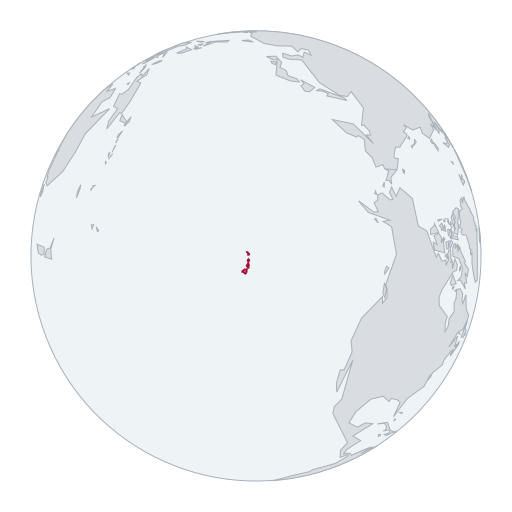 Hawaii highlighted on a globe, orthographic projection, rotated 69°
{"feature_id": "USA-3517", "entity_name": "Hawaii", "entity_type": "State", "adm_level": 1, "iso_a3": "USA", "parent_name": "United States of America", "parent_adm1": "", "projection": "orthographic", "projection_center": [-158.302, 23.654], "detail": "fine", "context": "on_globe", "style": "filled", "palette": "rose", "viewbox_px": 512, "rotation_deg": 69, "n_neighbors": 0, "source": "natural_earth", "source_scale": "10m", "svg_char_len": 13027}
<svg xmlns="http://www.w3.org/2000/svg" viewBox="0 0 512 512"><g transform="rotate(69 256 256)"><circle cx="256" cy="256" r="225" fill="#eef3f6" stroke="#a8b0b8"/><path d="M176.0,393.8L176.4,395.2L176.2,395.3L176.0,393.8ZM471.9,320.4L472.0,319.9L474.3,298.2L476.5,283.5L475.8,279.6L478.1,256.0L475.6,241.5L474.3,241.4L474.1,249.6L467.8,247.0L463.1,237.4L430.8,240.7L424.7,237.0L420.3,227.1L387.9,203.0L412.0,229.4L403.5,226.5L392.6,218.3L393.8,214.3L379.9,200.6L369.3,197.7L351.8,179.7L339.2,152.4L345.5,154.8L341.7,148.6L333.5,145.4L329.0,145.0L304.8,124.3L277.3,118.9L269.2,124.9L270.5,118.1L255.7,135.5L241.2,140.5L257.2,130.3L258.6,125.9L248.5,126.6L247.7,122.4L242.4,120.5L242.4,115.6L251.7,110.8L251.9,107.8L244.7,108.6L240.2,104.7L250.6,103.8L243.8,97.2L258.2,89.4L286.1,93.7L293.8,87.6L321.8,88.1L318.9,84.9L327.7,84.0L327.7,80.1L332.9,81.9L328.4,77.4L323.6,76.5L320.1,74.4L319.6,72.2L326.2,73.9L327.3,75.3L329.0,74.7L332.5,76.6L330.5,74.4L338.5,77.2L330.0,71.4L335.9,71.1L341.3,73.9L341.5,77.5L354.5,94.9L360.1,99.9L367.8,102.7L380.9,99.1L386.8,103.5L394.2,106.6L390.7,102.0L383.7,98.1L378.9,91.0L370.8,87.8L367.7,84.7L359.1,80.4L359.7,77.1L365.0,76.4L372.2,80.0L374.7,80.1L367.3,73.8L380.1,78.6L387.5,78.9L390.9,81.0L398.6,89.1L400.0,95.5L410.0,108.5L402.9,96.4L411.5,102.8L412.6,102.6L411.7,100.4L408.2,96.7L411.0,98.5L419.1,110.5L416.7,109.0L414.1,105.0L414.9,108.4L420.4,117.7L424.3,120.9L428.5,133.5L431.3,136.1L433.8,140.8L429.0,135.5L437.8,145.5L443.3,165.8L455.3,185.2L444.2,173.8L440.7,175.8L437.5,180.7L439.5,183.9L432.5,187.6L430.8,200.1L437.1,218.4L445.0,229.0L452.1,222.8L451.0,213.6L454.4,207.2L458.8,230.1L465.8,224.4L469.0,240.0L472.0,245.2L473.8,239.0L476.3,238.3L475.6,226.5L475.6,216.9L478.1,228.7L476.1,215.1L477.5,218.0L476.6,210.4L479.3,226.1L480.8,241.9L481.3,257.8L480.6,273.6L478.8,289.4L475.9,305.1L471.9,320.4ZM265.7,274.5L265.0,269.2L268.9,272.1L265.7,274.5ZM262.2,266.3L262.9,268.1L261.8,266.7L262.2,266.3ZM259.9,265.6L261.5,266.1L259.6,266.0L259.9,265.6ZM256.6,265.2L258.4,265.2L258.2,265.4L256.6,265.2ZM458.4,192.8L466.2,193.1L465.0,199.9L464.7,197.0L462.0,195.2L458.2,196.0L456.2,203.1L458.4,192.8ZM251.8,262.9L250.5,262.2L252.1,261.6L251.8,262.9ZM454.7,177.0L453.6,177.9L454.2,176.2L454.7,177.0ZM327.1,145.7L333.4,145.9L341.2,150.6L336.0,150.8L327.1,145.7ZM312.3,137.7L315.0,136.2L319.0,142.3L316.2,141.2L312.3,137.7ZM263.7,130.6L269.0,130.0L264.1,132.1L263.7,130.6ZM241.7,121.2L240.4,122.8L238.2,121.2L241.7,121.2ZM359.4,82.6L359.3,81.6L360.9,82.9L359.4,82.6ZM355.7,82.0L357.7,84.3L356.3,84.3L355.1,82.9L355.7,82.0ZM236.1,112.5L232.9,109.7L237.7,111.6L236.1,112.5ZM353.6,79.1L353.5,84.2L351.0,84.3L344.2,79.1L353.6,79.1ZM232.1,107.6L224.2,101.6L220.8,104.5L226.1,93.5L231.0,101.9L237.6,103.6L233.0,104.7L232.1,107.6ZM322.3,77.2L327.4,78.0L323.6,79.5L322.3,77.2ZM320.8,78.7L314.3,87.3L306.6,85.5L310.3,82.8L300.8,82.5L300.2,77.3L305.3,76.3L310.4,78.4L306.3,74.9L320.8,78.7ZM230.3,88.7L229.8,86.8L232.1,88.0L230.3,88.7ZM318.3,73.7L317.7,75.4L311.0,73.8L311.1,70.2L313.2,71.8L318.3,73.7ZM298.5,85.2L293.5,83.6L291.7,78.9L289.6,77.8L299.5,77.0L298.5,85.2ZM314.5,71.1L311.3,68.4L314.0,67.3L318.5,71.9L314.5,71.1ZM309.3,75.1L306.1,74.3L307.9,73.5L309.3,75.1ZM321.9,62.5L321.3,64.2L317.7,63.5L321.9,62.5ZM309.9,67.5L308.9,68.0L307.5,68.0L306.0,66.1L309.9,67.5ZM297.6,74.0L297.9,72.5L293.4,74.0L291.9,70.8L298.8,71.0L295.2,69.7L294.7,68.7L300.9,70.0L297.6,74.0ZM300.0,64.4L308.3,64.1L310.2,61.0L313.4,61.5L309.8,66.5L300.0,64.4ZM300.0,67.5L300.7,65.6L304.3,66.9L306.0,69.1L300.0,67.5ZM288.3,68.8L288.9,73.5L287.3,73.3L288.3,68.8ZM299.9,63.1L297.9,63.3L299.6,62.7L299.9,63.1ZM291.1,66.6L291.5,68.2L289.7,68.0L291.1,66.6ZM293.5,62.3L296.2,62.2L297.5,63.5L293.5,62.3ZM291.8,64.1L289.3,63.4L296.3,64.1L292.3,64.8L291.8,64.1ZM289.3,66.1L288.4,66.5L289.4,65.5L289.3,66.1ZM287.3,57.7L295.8,58.2L298.5,61.1L289.9,60.0L287.3,57.7ZM273.3,31.4L259.4,31.2L247.8,31.7L227.4,32.7L229.7,32.3L238.2,31.4L235.7,31.6L254.5,30.7L273.3,31.4ZM225.7,32.8L224.7,33.0L221.4,33.5L225.5,33.2L221.3,33.9L218.8,34.0L212.9,35.9L204.4,38.0L204.6,38.3L207.3,38.0L194.7,41.5L195.5,41.6L199.9,40.4L204.2,40.1L207.0,41.1L202.5,42.2L200.9,41.9L190.7,43.6L187.1,43.5L185.5,44.1L187.6,44.6L200.0,42.4L202.9,42.8L196.6,43.8L199.2,43.4L199.2,44.0L195.0,45.8L201.7,44.8L208.4,51.9L201.0,56.8L194.6,56.5L194.5,64.8L186.2,71.1L190.2,69.8L192.9,73.9L195.6,71.9L197.8,71.7L205.9,82.8L204.3,86.8L212.5,91.6L214.6,91.1L216.2,88.3L226.1,93.5L220.8,104.5L216.3,104.9L216.0,112.1L205.8,112.3L197.2,116.2L186.1,113.2L180.3,117.2L180.9,119.6L173.4,127.4L155.9,135.9L167.5,117.9L193.2,106.1L182.5,109.6L184.2,105.8L179.9,105.3L172.4,108.5L172.0,110.7L156.1,102.6L136.6,108.3L139.8,113.6L136.1,120.3L116.8,134.7L89.4,143.0L84.2,154.5L80.1,159.5L76.3,158.5L82.1,151.0L83.3,144.7L87.2,141.0L83.0,137.9L88.4,132.6L82.5,133.3L78.6,139.5L80.3,143.8L72.8,147.5L67.3,161.2L60.5,172.2L48.9,182.2L46.3,179.4L44.8,182.4L47.0,175.0L45.1,177.6L37.1,204.5L35.6,210.4L34.9,212.6L38.7,196.6L43.6,180.9L49.7,165.6L56.8,150.8L65.0,136.5L74.3,122.9L84.5,110.0L95.6,97.8L107.5,86.6L120.3,76.2L133.8,66.7L147.9,58.3L162.7,51.0L177.9,44.7L193.5,39.6L209.5,35.6L225.7,32.8ZM466.5,205.4L467.4,203.7L468.4,204.4L468.0,206.6L466.5,205.4ZM469.6,188.7L469.7,187.4L470.3,190.7L469.6,188.7ZM467.0,192.9L469.5,190.2L470.4,198.3L468.6,200.3L468.9,196.0L467.0,192.9ZM457.7,184.6L458.6,184.2L459.4,186.7L457.7,184.6ZM455.1,175.9L455.1,176.5L453.9,175.5L455.1,175.9ZM411.0,102.1L410.4,101.2L410.3,99.6L411.9,101.7L411.0,102.1ZM400.5,86.4L405.2,89.6L402.9,88.5L406.1,91.6L405.2,93.5L392.6,82.1L398.5,86.7L400.5,86.4ZM400.6,93.8L402.5,93.3L400.9,94.4L400.6,93.8ZM323.0,41.6L322.9,42.1L309.2,37.7L310.8,37.8L321.1,40.6L325.3,42.3L323.0,41.6ZM341.8,69.6L342.7,71.2L340.8,70.6L338.6,68.7L341.8,69.6ZM321.9,63.4L336.0,62.4L337.8,64.0L344.0,62.3L350.9,66.1L346.7,66.9L356.7,68.9L355.7,71.3L361.9,72.3L351.7,73.9L351.2,76.5L349.1,72.0L342.7,68.3L339.8,67.5L331.1,67.6L326.8,72.1L319.8,69.8L315.9,66.9L315.9,65.4L320.5,67.3L317.2,64.0L323.8,65.7L321.9,63.4ZM275.3,42.9L280.6,44.3L275.0,40.7L281.6,41.2L280.5,40.7L285.1,40.4L288.7,39.4L291.8,40.0L291.9,39.4L294.9,39.4L296.1,38.9L302.0,40.1L303.9,39.6L305.6,40.5L307.3,39.6L308.7,40.8L312.7,41.4L309.2,39.9L338.2,50.4L349.3,54.8L357.8,58.1L359.1,60.7L351.9,59.6L340.6,57.1L329.8,52.9L332.3,55.2L327.8,53.9L327.7,52.7L325.2,54.0L321.5,52.8L311.5,52.4L310.3,55.8L306.6,56.0L305.2,54.1L302.5,55.8L297.4,52.4L294.7,52.6L286.9,49.9L285.9,46.5L282.9,47.1L276.9,45.4L275.3,42.9ZM285.2,56.7L282.5,51.9L284.7,50.0L297.3,55.7L300.5,56.0L308.6,60.2L305.1,63.0L303.1,61.5L300.4,60.7L302.6,60.1L298.8,60.0L295.9,58.0L292.1,57.5L292.3,56.0L285.2,56.7ZM260.1,34.5L262.8,35.1L261.9,35.3L263.9,37.1L259.2,37.2L256.1,36.2L260.1,34.5ZM255.3,34.9L256.7,35.6L253.5,35.3L255.3,34.9ZM255.9,37.4L252.1,37.2L258.9,37.4L255.9,37.4ZM35.6,301.5L36.9,305.8L37.0,306.6L35.6,301.5ZM34.2,294.7L35.2,298.8L34.4,296.2L34.2,294.7ZM35.7,300.4L36.8,302.4L37.2,302.4L37.4,304.2L35.7,300.4ZM33.5,291.2L33.7,292.3L33.6,291.7L33.5,291.2ZM30.9,247.9L30.8,248.5L33.4,239.6L33.6,248.3L32.2,253.2L32.6,264.2L31.6,269.0L31.9,277.4L31.3,271.6L30.9,247.9ZM36.7,230.6L34.1,234.5L37.2,227.4L36.7,230.6ZM39.9,222.6L38.9,227.1L39.4,221.1L39.9,222.6ZM42.6,187.9L42.7,185.9L43.8,183.0L44.4,183.8L42.6,187.9ZM55.3,181.7L51.1,189.8L49.7,192.0L51.7,185.6L55.3,181.7ZM217.1,40.8L219.5,37.8L218.1,36.6L212.5,37.0L221.5,35.5L223.6,37.3L217.1,40.8ZM209.9,50.2L214.9,50.4L212.2,51.7L210.6,51.8L209.9,50.2ZM213.4,49.4L220.6,47.3L223.0,48.3L216.8,49.7L213.4,49.4ZM237.9,39.7L238.9,38.7L241.5,38.8L237.9,39.7ZM172.0,450.6L178.5,453.3L178.2,456.2L175.1,458.1L166.5,456.2L172.0,450.6ZM121.2,435.1L112.8,427.9L119.2,431.8L123.5,436.2L121.2,435.1ZM174.7,448.9L174.7,445.3L166.8,438.1L176.3,445.3L185.8,447.9L181.0,453.7L174.7,448.9ZM46.6,339.0L44.1,327.9L48.9,336.2L49.2,327.1L55.8,335.5L56.9,344.6L67.4,359.9L65.9,339.7L80.8,371.7L94.2,387.3L108.0,406.4L115.6,425.9L112.0,425.8L107.5,421.9L107.0,422.6L100.7,417.6L89.6,405.8L89.5,406.5L86.2,401.5L87.6,404.5L80.8,396.5L75.1,389.7L73.7,388.4L63.3,372.7L54.2,356.2L46.6,339.0ZM126.7,394.1L129.9,396.0L137.6,402.8L132.3,400.0L126.7,394.1ZM168.5,396.4L171.9,399.3L167.9,398.6L168.5,396.4ZM176.2,395.3L171.3,394.7L176.0,393.8L176.2,395.3ZM133.3,384.2L135.6,386.5L134.7,386.6L133.3,384.2ZM131.9,383.1L132.4,381.1L133.4,383.7L131.9,383.1ZM113.8,362.7L114.9,362.0L115.9,363.5L113.8,362.7ZM39.0,310.8L40.0,308.3L41.4,310.2L39.0,310.8ZM110.8,358.7L107.2,356.7L107.2,355.4L110.8,358.7ZM110.3,355.5L109.4,353.2L112.8,359.1L110.3,355.5ZM102.6,347.5L107.6,353.3L102.3,347.7L102.6,347.5ZM100.3,346.7L97.2,343.5L97.3,343.0L100.3,346.7ZM73.3,332.0L83.9,349.8L77.1,344.9L68.8,332.3L65.3,335.3L55.6,325.3L56.9,323.0L54.8,315.2L46.6,303.5L45.0,297.5L47.3,297.8L42.8,288.5L47.6,293.1L50.2,304.5L53.2,301.4L59.7,309.6L67.2,318.9L74.7,330.6L73.3,332.0ZM48.9,312.3L49.9,313.5L49.4,315.1L48.9,312.3ZM91.4,335.7L95.9,342.2L95.6,343.1L93.6,341.3L91.4,335.7ZM76.1,330.3L83.5,328.7L85.5,330.2L80.9,334.7L76.1,330.3ZM81.0,322.6L85.1,326.3L87.6,331.8L86.9,332.4L81.0,322.6ZM39.0,291.1L39.1,293.3L38.0,289.7L39.0,291.1ZM40.2,291.8L43.7,299.4L40.0,293.4L40.2,291.8ZM33.2,268.5L33.7,275.6L35.4,276.5L34.1,278.2L36.0,290.8L35.9,293.3L33.9,280.0L34.4,289.5L33.7,287.4L32.7,277.2L33.0,268.2L33.7,265.7L37.1,272.0L33.2,268.5ZM39.9,284.8L39.2,276.8L39.9,273.4L40.6,278.3L39.9,284.8ZM38.2,257.2L37.6,246.4L36.0,246.1L40.3,242.1L39.9,253.1L38.2,257.2ZM39.4,238.1L37.8,237.7L40.2,234.8L39.4,238.1ZM38.0,234.5L39.0,229.1L39.7,232.1L38.0,234.5ZM40.0,239.9L42.2,231.9L41.5,238.1L40.0,239.9ZM41.7,217.0L41.2,230.1L39.9,220.2L45.0,203.9L45.9,206.3L41.7,217.0ZM79.4,172.2L82.0,167.5L84.3,169.3L81.9,172.0L79.4,172.2ZM94.2,172.6L85.8,168.4L79.5,165.7L79.1,169.4L73.5,174.8L76.6,165.7L84.5,162.7L88.5,166.0L93.6,161.4L99.3,161.4L105.2,154.2L109.1,153.2L105.1,160.9L94.2,172.6ZM107.5,151.1L119.8,140.6L121.9,147.4L119.7,151.2L113.2,153.0L112.4,149.3L107.5,151.1ZM123.3,140.2L122.7,136.7L139.4,117.5L143.4,115.4L131.9,132.6L130.7,130.3L126.3,134.1L123.3,140.2ZM227.5,87.7L229.6,86.9L228.7,88.7L227.5,87.7ZM199.2,70.5L202.0,70.5L200.8,72.2L199.2,70.5ZM209.0,71.6L208.4,69.6L211.0,71.3L209.0,71.6ZM206.8,65.4L209.1,68.6L204.2,66.3L206.8,65.4Z" fill="#d9dde1" stroke="#a8b0b8" stroke-width="1"/><path d="M268.6,271.9L268.8,272.0L268.7,272.5L268.3,272.8L268.2,272.9L267.9,273.0L267.5,273.2L267.3,273.1L267.2,273.1L267.0,273.3L266.9,273.4L266.6,273.5L266.4,273.6L266.2,273.8L266.2,274.0L266.0,274.4L265.9,274.4L265.8,274.6L265.7,274.5L265.7,274.4L265.2,274.1L265.0,273.9L264.9,273.9L264.8,273.7L265.0,272.9L264.9,272.7L264.8,272.3L264.7,272.3L264.7,272.2L264.6,271.9L264.5,271.7L264.4,271.6L264.3,271.3L264.3,271.2L264.5,271.0L264.6,270.9L264.8,270.8L264.9,270.7L265.0,270.5L265.1,270.4L265.1,270.2L264.9,269.9L264.9,269.7L264.9,269.4L265.0,269.2L265.5,269.3L265.6,269.5L265.8,269.6L266.0,269.8L266.6,269.9L267.0,270.1L267.6,270.4L267.8,270.6L267.9,270.8L267.9,271.1L267.9,271.3L268.0,271.3L268.1,271.2L268.3,271.3L268.3,271.5L268.6,271.9ZM264.5,267.1L264.5,267.3L264.5,267.5L264.4,267.6L264.2,267.7L264.0,267.8L263.8,267.8L263.7,267.8L263.4,268.0L263.2,268.0L262.9,267.9L262.8,267.7L262.8,267.4L262.8,267.2L262.7,267.2L262.5,267.3L262.4,267.2L262.2,267.1L261.9,266.9L261.9,266.7L262.0,266.4L262.3,266.3L262.5,266.4L262.5,266.5L262.7,266.8L262.8,266.7L263.1,266.7L263.4,266.6L263.5,266.6L263.7,266.8L263.8,266.8L264.0,266.9L264.0,267.0L264.3,267.1L264.5,267.1ZM258.2,265.0L258.4,265.2L258.2,265.4L257.9,265.4L257.7,265.3L257.5,265.2L257.4,265.2L257.5,265.2L257.3,265.2L257.2,265.2L257.3,265.0L257.3,264.9L257.2,264.9L257.2,265.0L257.1,264.9L257.2,265.0L257.0,264.9L257.1,265.0L256.9,265.3L256.7,265.2L256.5,264.9L256.4,264.7L256.3,264.3L256.2,264.3L256.1,264.2L256.4,264.1L256.6,264.1L256.8,264.0L256.9,263.9L257.0,263.7L257.3,263.7L257.3,263.8L257.4,264.0L257.5,264.1L257.7,264.3L257.7,264.6L257.8,264.6L257.9,264.8L258.0,264.7L257.9,264.7L258.0,264.6L258.1,264.8L258.2,265.0L258.2,265.0ZM252.4,261.9L252.4,262.1L252.3,262.3L252.2,262.3L252.2,262.5L252.2,262.8L251.9,262.9L251.9,263.0L251.7,262.9L251.3,262.9L251.2,262.9L251.1,262.7L250.9,262.6L250.7,262.6L250.6,262.4L250.6,262.2L250.8,262.0L250.8,261.9L251.0,261.8L251.1,261.7L251.3,261.7L251.5,261.6L251.8,261.6L252.0,261.6L252.3,261.7L252.3,261.8L252.4,261.9ZM261.7,265.7L261.7,265.8L261.8,265.8L261.7,266.0L261.4,266.2L261.1,266.2L260.7,266.1L260.1,266.1L259.9,266.1L259.7,266.0L259.7,265.9L259.8,265.8L259.9,265.7L260.0,265.6L260.7,265.7L260.8,265.7L261.0,265.7L261.1,265.8L261.3,265.7L261.5,265.7L261.7,265.7ZM261.3,266.9L261.5,267.0L261.4,267.3L261.2,267.4L260.9,267.5L260.8,267.4L260.8,267.1L260.7,267.0L260.6,266.9L260.7,266.7L260.8,266.7L261.2,266.7L261.3,266.9ZM249.4,262.5L249.5,262.4L249.6,262.5L249.5,262.8L249.4,262.9L249.3,263.0L249.2,263.0L249.1,263.3L248.9,263.3L248.9,263.1L248.9,262.9L249.1,262.8L249.2,262.7L249.4,262.6L249.4,262.5ZM262.4,268.0L262.5,268.1L262.4,268.2L262.5,268.2L262.5,268.3L262.4,268.3L262.1,268.3L261.9,268.3L261.9,268.2L262.0,268.1L262.3,268.0L262.4,268.0Z" fill="#f43f5e" stroke="#9f1239" stroke-width="1.5"/></g></svg>